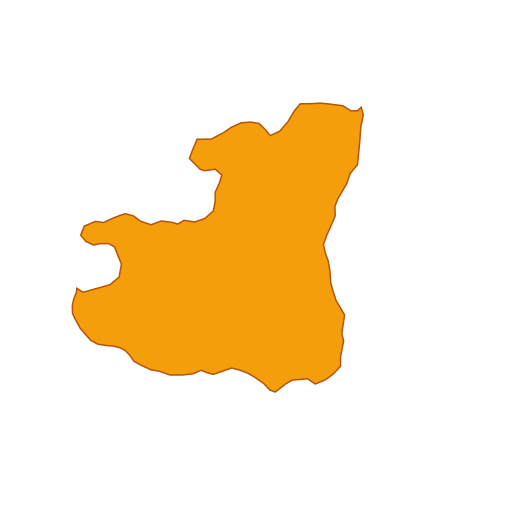 Jabrayil District, Cəbrayıl, Azerbaijan, rotated 317°
{"feature_id": "54616110B25171122868047", "entity_name": "Jabrayil District", "entity_type": "district", "adm_level": 2, "iso_a3": "AZE", "parent_name": "Azerbaijan", "parent_adm1": "Cəbrayıl", "projection": "natural_earth1", "projection_center": [46.975, 39.317], "detail": "fine", "context": "isolated", "style": "filled", "palette": "amber", "viewbox_px": 512, "rotation_deg": 317, "n_neighbors": 0, "source": "geoboundaries", "source_scale": "gbopen_adm2", "svg_char_len": 1643}
<svg xmlns="http://www.w3.org/2000/svg" viewBox="0 0 512 512"><g transform="rotate(317 256 256)"><path d="M102.9,157.4L99.8,160.2L93.2,163.2L87.7,167.1L82.6,173.0L80.8,178.5L78.1,189.1L77.9,195.6L77.6,205.0L80.1,212.5L85.5,219.4L90.2,224.4L94.0,230.5L95.8,235.6L96.1,241.9L94.9,249.6L97.2,256.9L101.6,267.7L106.8,274.5L111.9,284.3L121.7,293.4L129.5,299.1L138.0,302.2L140.9,308.4L141.3,309.1L144.2,313.5L153.5,317.7L161.8,321.3L166.0,327.8L170.1,336.1L172.2,343.2L174.7,354.2L174.7,363.3L177.3,368.6L180.3,368.9L190.8,369.8L198.0,371.6L209.9,380.9L212.0,390.0L222.1,393.8L231.7,395.0L242.5,394.3L249.3,387.2L262.2,377.9L265.8,371.3L280.6,359.5L284.2,343.2L287.8,335.6L291.9,327.3L300.5,316.5L305.4,308.9L308.7,301.2L313.1,293.6L321.9,289.1L329.7,285.8L341.1,280.8L347.8,273.3L355.0,270.0L371.6,265.0L381.1,259.9L392.5,258.4L409.3,243.6L420.7,233.1L430.7,226.0L434.4,219.0L429.2,219.0L424.5,214.7L421.9,205.2L412.3,193.7L407.4,188.2L399.9,181.9L392.2,174.9L383.6,175.9L370.7,179.6L358.3,180.9L348.5,177.6L349.0,170.6L348.7,161.3L343.6,154.6L336.1,148.5L325.5,145.0L317.2,143.8L303.0,140.0L292.5,130.4L290.3,131.5L283.3,134.5L273.8,139.3L274.3,154.6L276.6,158.6L285.4,164.8L286.2,173.4L279.2,177.6L269.9,181.4L262.9,188.7L255.4,193.9L244.3,193.7L234.5,189.4L227.8,180.9L220.3,179.1L217.7,174.4L210.7,165.8L200.6,161.6L195.2,151.6L193.7,143.0L189.3,136.0L184.1,133.5L176.4,130.5L167.3,127.5L162.2,121.2L150.8,117.0L142.0,121.2L141.5,129.5L144.8,137.3L150.3,140.5L156.5,146.3L158.8,152.8L155.4,161.3L152.1,170.1L141.5,178.1L135.4,177.7L129.6,177.4L117.4,171.1L104.8,164.6L102.9,157.4Z" fill="#f59e0b" stroke="#b45309" stroke-width="1.5"/></g></svg>